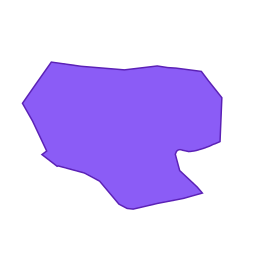 Grande Riviere/En Leur Morne/Discompere, Dennery, Saint Lucia (orthographic projection), rotated 168°
{"feature_id": "8701671B4251285469436", "entity_name": "Grande Riviere/En Leur Morne/Discompere", "entity_type": "district", "adm_level": 2, "iso_a3": "LCA", "parent_name": "Saint Lucia", "parent_adm1": "Dennery", "projection": "orthographic", "projection_center": [-60.935, 13.932], "detail": "fine", "context": "isolated", "style": "filled", "palette": "violet", "viewbox_px": 256, "rotation_deg": 168, "n_neighbors": 0, "source": "geoboundaries", "source_scale": "gbopen_adm2", "svg_char_len": 1083}
<svg xmlns="http://www.w3.org/2000/svg" viewBox="0 0 256 256"><g transform="rotate(168 128 128)"><path d="M189.3,208.4L208.5,190.6L211.7,187.6L226.1,174.1L219.9,154.6L212.3,122.4L217.7,119.9L205.3,105.3L204.1,105.4L180.1,93.1L166.8,81.9L152.7,55.4L145.6,49.5L139.8,47.6L133.3,47.7L114.8,48.1L94.6,47.7L88.2,47.6L79.6,48.2L68.8,48.9L72.6,55.9L86.3,75.6L87.2,92.5L86.0,94.2L85.5,95.0L84.7,95.5L83.9,95.9L83.1,96.1L82.1,96.1L81.2,95.9L80.3,95.5L79.7,95.2L78.9,94.7L78.1,94.4L77.2,94.0L76.3,93.6L75.5,93.2L74.7,92.9L73.9,92.4L73.0,92.3L72.1,92.1L70.8,92.0L70.1,92.0L69.4,91.9L68.1,91.8L67.4,91.8L66.6,91.8L65.4,91.8L64.7,91.9L63.9,91.9L62.7,92.1L61.6,92.1L60.5,92.2L59.6,92.3L59.0,92.3L57.9,92.5L57.2,92.5L56.1,92.7L55.1,92.9L54.0,93.0L52.9,93.2L52.0,93.3L51.3,93.5L50.2,93.7L49.3,94.0L48.7,94.1L48.0,94.3L47.0,94.4L46.0,94.5L45.1,94.7L44.1,94.9L43.0,95.1L41.9,95.3L40.8,95.6L29.9,138.1L35.4,149.2L39.5,157.4L44.5,168.1L50.4,170.2L68.6,176.6L76.5,178.8L86.5,182.6L96.4,183.5L119.4,185.6L161.0,198.1L162.1,198.5L189.3,208.4Z" fill="#8b5cf6" stroke="#5b21b6" stroke-width="1.5"/></g></svg>